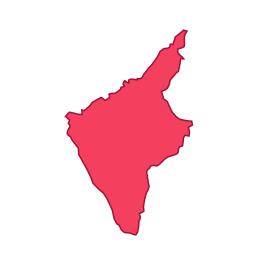 outline of Al-Khalis, Diyala, Iraq, rotated 188°
{"feature_id": "34846034B19163471253506", "entity_name": "Al-Khalis", "entity_type": "district", "adm_level": 2, "iso_a3": "IRQ", "parent_name": "Iraq", "parent_adm1": "Diyala", "projection": "orthographic", "projection_center": [44.587, 34.084], "detail": "fine", "context": "isolated", "style": "filled", "palette": "rose", "viewbox_px": 256, "rotation_deg": 188, "n_neighbors": 0, "source": "geoboundaries", "source_scale": "gbopen_adm2", "svg_char_len": 3155}
<svg xmlns="http://www.w3.org/2000/svg" viewBox="0 0 256 256"><g transform="rotate(188 128 128)"><path d="M83.0,232.2L83.8,232.3L85.0,232.3L86.4,232.8L88.5,230.4L91.1,227.5L93.8,224.8L94.2,221.9L94.8,219.3L95.1,217.0L97.4,217.0L97.8,217.0L97.8,215.9L97.7,215.0L98.4,213.6L99.3,212.8L100.8,212.3L102.6,211.8L104.2,211.2L104.8,210.2L106.7,208.5L107.2,207.3L107.8,205.3L108.5,203.2L110.3,199.5L111.9,196.5L113.9,192.9L114.1,192.6L116.1,190.1L117.1,188.2L117.7,187.1L118.6,185.4L119.8,183.3L120.3,182.0L120.9,180.6L121.0,179.7L122.0,179.1L123.4,178.3L124.8,178.3L125.7,178.3L125.8,176.9L130.0,177.0L131.5,176.8L132.2,176.8L132.9,176.2L133.8,175.7L134.1,175.4L133.7,174.3L133.3,173.1L133.4,172.6L134.0,172.7L135.1,173.1L136.4,173.7L137.6,174.3L138.0,174.3L138.2,173.8L138.5,173.4L138.5,172.8L139.0,171.2L138.9,170.7L138.4,170.3L137.9,169.6L137.5,168.6L138.5,168.2L140.5,167.4L140.7,166.5L140.6,165.6L141.5,164.5L142.9,162.9L145.2,160.9L145.9,160.7L147.4,160.2L149.3,159.9L151.5,158.9L150.4,155.8L154.3,152.2L158.8,154.6L161.7,152.4L164.2,150.5L166.9,148.5L167.6,147.2L168.3,145.7L169.1,144.5L173.6,139.2L176.3,139.4L175.2,135.1L178.3,134.7L180.0,134.7L184.1,135.2L188.1,135.5L189.2,134.4L191.5,130.6L190.8,130.5L189.8,129.6L188.8,128.8L187.4,128.1L187.2,127.1L187.3,125.8L187.4,125.3L187.8,124.4L187.4,123.7L186.1,122.9L185.7,122.0L185.7,121.4L185.8,120.5L186.6,119.2L187.0,117.9L187.4,115.8L187.5,114.1L186.1,112.5L183.6,111.2L182.2,108.8L178.8,105.4L174.5,101.4L173.0,94.7L170.9,92.0L168.9,89.4L162.6,81.0L157.7,73.6L155.0,68.4L152.9,66.8L149.8,64.4L148.6,63.4L143.5,60.3L139.2,55.5L134.8,48.8L131.8,43.8L130.0,38.6L128.8,35.7L125.4,31.3L123.5,30.7L120.3,26.1L117.0,24.0L111.4,24.3L108.9,23.7L106.7,23.2L105.4,23.3L104.8,24.3L104.7,24.7L104.0,26.4L103.8,30.2L103.8,32.1L103.8,33.7L104.2,36.8L103.5,39.3L103.4,41.3L103.5,42.2L104.2,43.2L104.7,44.1L104.7,44.9L103.5,45.7L102.3,46.4L100.7,47.8L101.0,49.4L101.7,52.0L101.7,54.5L101.7,57.6L101.3,61.9L101.1,64.3L100.9,65.4L100.3,67.3L99.3,70.5L99.0,73.4L99.5,74.7L100.2,76.4L100.6,77.7L101.1,79.5L101.4,80.4L101.9,81.2L102.0,82.2L102.0,83.2L102.4,83.8L103.0,85.4L103.3,86.7L103.3,88.3L102.4,89.9L101.1,91.2L100.6,93.1L99.8,93.7L98.1,94.4L94.0,94.5L91.7,96.6L89.2,99.8L87.2,102.3L84.5,104.9L82.6,105.8L81.9,106.2L76.7,108.7L75.3,110.0L74.9,111.4L75.0,114.5L74.5,116.4L73.7,116.9L72.6,117.3L71.5,118.0L71.5,120.9L71.5,123.6L71.7,126.0L70.6,128.7L66.5,128.5L66.5,132.8L67.5,135.1L68.2,137.2L64.5,140.0L65.9,143.6L69.5,143.4L73.4,143.5L74.8,143.6L78.1,143.9L79.8,144.7L82.4,146.3L83.9,147.8L86.3,149.7L87.1,150.8L89.0,153.7L90.4,155.8L91.6,157.7L92.7,159.5L94.3,160.6L96.5,161.5L96.8,162.0L98.6,165.9L100.0,168.9L96.6,170.8L95.2,172.1L94.7,172.6L94.1,174.0L93.5,175.9L93.1,177.5L93.1,179.0L92.9,181.4L92.5,182.0L90.0,185.8L87.6,189.7L87.1,190.1L86.0,191.0L85.7,195.1L85.4,199.3L85.6,201.5L85.3,204.1L82.5,204.2L83.8,205.6L85.2,206.4L86.2,207.1L87.9,208.5L88.9,209.3L89.2,210.3L89.5,211.3L89.6,212.7L89.6,213.2L87.6,214.1L87.4,214.2L85.3,215.2L84.2,216.1L83.8,216.3L83.7,218.9L84.2,221.3L84.7,224.8L84.8,227.2L84.3,229.4L83.5,230.9L83.0,232.0L83.0,232.2Z" fill="#f43f5e" stroke="#9f1239" stroke-width="1.5"/></g></svg>